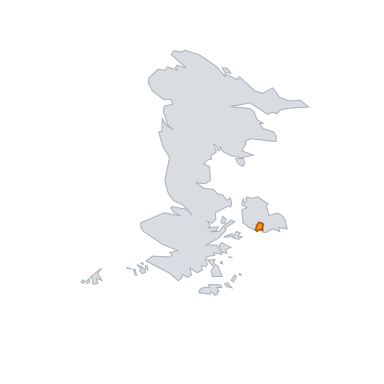 United Kingdom, with Limavady highlighted, rotated 214°
{"feature_id": "GBR-2102", "entity_name": "Limavady", "entity_type": "District", "adm_level": 1, "iso_a3": "GBR", "parent_name": "United Kingdom", "parent_adm1": "", "projection": "natural_earth1", "projection_center": [-6.961, 55.005], "detail": "fine", "context": "in_parent", "style": "filled", "palette": "amber", "viewbox_px": 384, "rotation_deg": 214, "n_neighbors": 0, "source": "natural_earth", "source_scale": "10m", "svg_char_len": 4527}
<svg xmlns="http://www.w3.org/2000/svg" viewBox="0 0 384 384"><g transform="rotate(214 192 192)"><path d="M207.8,284.4L190.5,293.5L185.1,292.9L178.3,288.3L171.4,288.8L174.3,286.5L168.2,284.4L157.8,287.4L153.3,285.3L150.5,280.8L172.8,269.2L176.2,263.7L174.2,261.9L173.6,254.0L161.9,256.8L170.1,248.1L180.2,243.9L189.0,242.9L193.6,245.1L192.2,241.7L194.2,240.8L197.2,244.0L200.5,243.8L194.1,238.6L196.8,233.0L194.3,230.1L197.2,227.1L197.7,221.6L191.8,222.9L183.1,211.7L185.5,206.4L193.9,201.8L183.8,201.9L175.7,206.2L169.8,204.5L164.6,206.8L158.6,204.5L156.8,208.5L152.3,204.2L151.6,201.0L153.9,200.9L161.2,187.8L156.9,182.8L158.2,177.0L162.9,176.7L157.8,173.9L158.6,171.2L150.5,178.0L150.3,173.5L154.7,169.3L147.2,174.7L147.2,181.0L143.9,190.7L139.7,191.4L144.8,180.2L142.5,179.9L144.1,168.9L150.8,156.1L141.8,161.8L132.3,157.1L140.2,153.7L137.6,152.4L142.9,147.4L143.4,144.1L138.8,140.4L138.7,138.2L143.0,136.2L139.8,133.2L142.4,127.9L151.2,127.9L146.1,123.1L147.6,118.9L153.9,118.3L152.3,115.3L153.7,110.8L165.0,112.1L191.6,109.1L188.7,116.9L173.8,125.9L173.0,128.6L176.4,129.4L171.1,135.5L187.4,132.1L211.2,132.3L215.3,134.6L217.1,138.1L203.5,159.1L187.8,166.0L196.1,165.1L200.8,167.1L200.4,168.8L187.0,174.5L178.5,172.8L193.2,176.4L202.0,174.5L211.0,177.7L220.9,186.1L229.9,208.1L241.2,213.2L253.3,223.1L250.9,225.6L257.7,236.2L249.9,232.9L242.1,233.2L249.5,234.0L261.1,243.2L263.0,247.7L257.0,254.3L261.8,256.8L267.2,252.7L281.6,253.8L289.5,258.2L291.5,262.7L288.9,274.6L281.8,278.4L282.8,281.7L272.3,284.7L275.3,285.7L275.3,288.8L265.9,291.5L286.1,294.2L286.0,298.9L278.9,302.4L277.3,305.6L262.1,309.8L241.9,309.7L229.0,306.3L230.7,308.3L216.6,310.8L218.0,313.3L216.5,314.0L196.8,311.0L188.6,313.2L183.2,323.5L172.6,319.4L161.7,322.1L153.8,328.7L142.8,327.7L158.3,315.8L164.6,309.5L165.7,304.2L170.3,302.9L172.5,298.7L193.8,298.3L207.8,284.4ZM134.9,224.8L122.3,224.6L122.4,222.0L115.2,215.7L108.9,222.7L103.2,222.5L98.3,220.6L92.5,214.5L100.3,210.9L97.2,208.3L104.4,206.5L107.9,199.9L111.0,198.2L113.3,199.4L116.4,195.9L125.7,194.5L132.6,195.1L140.8,205.2L137.6,209.7L143.5,209.2L145.8,213.3L145.5,214.8L141.8,212.1L142.1,216.4L144.0,216.6L143.1,219.2L138.7,220.1L134.9,224.8ZM130.9,115.8L128.4,120.2L124.0,122.6L126.5,124.4L116.2,131.1L113.7,129.5L118.1,126.8L114.2,124.8L115.6,123.6L113.6,122.5L114.8,119.3L120.7,120.2L119.7,117.4L130.1,112.3L130.9,115.8ZM132.0,137.3L132.2,142.1L141.3,144.3L135.1,148.8L134.2,144.9L128.6,144.9L120.0,138.8L127.8,133.2L132.0,137.3ZM222.7,60.2L226.8,65.0L228.7,64.3L224.5,78.2L224.4,71.5L217.2,68.3L222.7,67.0L218.8,63.1L222.7,60.2ZM139.3,166.5L128.8,167.8L132.2,162.8L128.7,160.8L132.9,158.9L139.7,162.8L139.3,166.5ZM169.1,241.1L174.5,244.0L168.1,248.4L164.4,245.1L164.1,241.9L169.1,241.1ZM132.5,177.0L133.3,183.9L129.1,185.2L129.1,180.8L125.4,182.9L126.9,178.9L132.5,177.0ZM191.4,97.5L191.1,99.9L197.0,101.1L189.3,102.0L185.6,99.5L187.6,96.4L191.4,97.5ZM152.8,189.2L148.3,188.4L147.5,183.6L151.1,183.0L152.8,189.2ZM236.3,311.7L232.5,314.3L226.1,312.3L231.2,309.5L236.3,311.7ZM135.6,179.9L133.6,177.9L140.4,172.2L139.0,175.1L135.6,179.9ZM111.3,132.8L113.5,134.2L111.8,136.6L105.3,134.8L111.3,132.8ZM110.5,147.1L107.9,146.7L107.3,140.4L110.1,140.6L110.5,147.1ZM228.9,62.6L226.5,60.4L227.7,57.5L229.7,58.4L228.9,62.6ZM197.5,95.3L195.9,96.0L191.3,91.9L192.7,91.4L197.5,95.3ZM189.4,105.1L187.2,105.4L184.9,102.2L187.3,102.3L189.4,105.1ZM233.7,55.3L232.9,58.4L231.0,58.1L231.0,55.3L233.7,55.3ZM203.3,93.3L198.8,94.3L203.7,92.6L203.3,93.3ZM129.4,150.8L128.1,151.1L126.4,149.5L128.6,148.7L129.4,150.8ZM194.5,104.3L193.1,106.0L191.9,104.4L194.5,104.3ZM124.6,159.4L121.8,160.2L125.5,158.4L124.6,159.4ZM107.2,150.8L105.5,151.2L104.7,150.7L106.4,149.5L107.2,150.8Z" fill="#d9dde1" stroke="#a8b0b8" stroke-width="1"/><path d="M112.4,199.4L112.7,199.5L113.4,199.5L114.0,199.5L114.3,199.4L114.7,198.9L115.0,198.8L115.0,198.5L115.1,198.0L115.4,197.6L115.6,197.4L115.8,197.1L116.0,196.0L116.1,195.6L116.4,195.6L117.2,196.0L117.6,196.2L118.5,196.1L118.5,196.4L118.5,196.6L118.3,196.8L118.3,197.1L118.1,197.4L118.9,198.0L119.2,198.8L119.1,199.6L119.1,200.4L119.2,200.6L119.7,200.8L119.2,201.1L119.1,201.4L119.4,201.7L119.7,202.9L119.9,203.1L119.8,203.4L119.8,204.0L119.1,204.5L117.5,204.4L117.5,204.9L117.0,205.3L116.5,205.0L116.0,205.1L115.5,205.0L115.1,205.3L114.5,204.7L114.5,203.9L114.7,203.6L114.4,203.4L114.3,202.9L113.7,202.5L113.5,202.1L113.4,201.5L113.6,201.0L113.1,200.9L112.7,201.0L112.3,200.1L111.9,199.8L112.3,199.4L112.4,199.4Z" fill="#f59e0b" stroke="#b45309" stroke-width="1.5"/></g></svg>